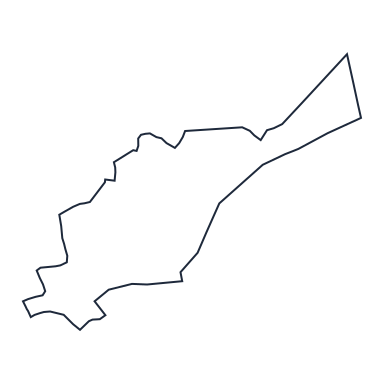 Monguno, Borno, Nigeria
{"feature_id": "59680162B31936578466171", "entity_name": "Monguno", "entity_type": "district", "adm_level": 2, "iso_a3": "NGA", "parent_name": "Nigeria", "parent_adm1": "Borno", "projection": "albers", "projection_center": [13.558, 12.578], "detail": "fine", "context": "isolated", "style": "outline", "palette": "slate", "viewbox_px": 384, "rotation_deg": 0, "n_neighbors": 0, "source": "geoboundaries", "source_scale": "gbopen_adm2", "svg_char_len": 1141}
<svg xmlns="http://www.w3.org/2000/svg" viewBox="0 0 384 384"><path d="M105.4,315.2L94.6,301.3L108.7,289.7L132.0,283.9L147.1,284.5L182.2,281.2L180.5,272.2L197.6,252.8L206.4,232.4L213.1,217.3L219.3,203.4L262.7,164.8L285.0,154.2L293.2,151.0L298.4,148.9L327.6,133.2L361.0,117.9L358.1,105.1L353.6,84.2L347.0,54.2L312.8,91.2L301.9,103.0L282.2,124.1L273.8,128.2L267.0,130.2L260.7,140.1L254.3,135.4L249.8,130.8L242.2,127.3L185.1,131.0L182.8,137.0L179.2,143.1L174.9,147.9L166.5,143.1L161.5,138.3L156.4,137.1L149.9,133.4L145.4,133.8L141.0,134.8L138.2,138.5L138.3,145.9L136.6,150.9L133.2,150.2L113.9,162.2L115.2,167.5L115.4,172.3L114.6,180.7L105.2,179.5L104.9,182.3L89.9,202.0L84.4,203.3L79.9,203.9L73.1,206.8L64.3,211.8L59.3,214.7L61.2,226.1L62.3,238.2L64.1,243.9L65.3,248.9L67.3,255.8L66.8,262.3L60.3,265.4L55.5,266.3L40.5,267.7L36.7,270.5L39.8,278.0L43.0,284.4L45.2,291.2L42.6,295.3L35.7,296.8L28.1,299.1L23.0,301.3L24.5,304.3L25.6,306.5L26.8,309.1L28.0,310.9L30.8,317.1L34.6,314.9L40.0,313.1L43.9,312.0L50.1,311.5L63.7,314.8L73.1,324.2L80.0,329.8L88.9,321.2L92.5,319.6L99.8,319.2L105.4,315.2Z" fill="none" stroke="#1e293b" stroke-width="2"/></svg>